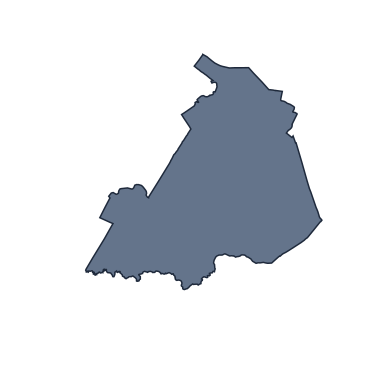 the district of Butimanu, Dâmbovita, Romania, rotated 324°
{"feature_id": "2599482B27210810960629", "entity_name": "Butimanu", "entity_type": "district", "adm_level": 2, "iso_a3": "ROU", "parent_name": "Romania", "parent_adm1": "Dâmbovita", "projection": "albers", "projection_center": [25.868, 44.685], "detail": "fine", "context": "isolated", "style": "filled", "palette": "slate", "viewbox_px": 384, "rotation_deg": 324, "n_neighbors": 0, "source": "geoboundaries", "source_scale": "gbopen_adm2", "svg_char_len": 5985}
<svg xmlns="http://www.w3.org/2000/svg" viewBox="0 0 384 384"><g transform="rotate(324 192 192)"><path d="M214.7,296.3L223.3,295.4L225.3,295.3L225.5,295.7L226.0,295.7L228.4,295.4L228.8,295.5L229.3,295.4L232.2,295.9L235.8,296.2L250.8,297.0L254.7,297.0L255.5,296.8L257.1,296.7L258.4,296.8L269.4,293.9L276.4,292.0L279.0,291.4L279.1,291.6L280.5,291.2L280.6,290.5L280.3,288.2L280.4,287.1L282.2,282.0L282.9,279.3L283.3,277.4L288.1,261.8L289.0,258.2L291.8,250.2L298.1,233.1L305.1,213.4L304.6,213.2L306.7,206.1L304.9,206.7L303.0,199.8L306.3,198.7L307.4,198.9L308.4,198.8L309.7,198.6L310.4,198.4L311.4,197.8L312.3,196.8L312.6,196.6L312.6,196.2L312.8,196.0L322.9,190.7L322.9,189.9L322.5,189.4L322.1,188.2L320.7,186.8L320.8,186.2L323.2,185.1L324.5,183.8L324.6,182.9L323.0,178.9L321.1,176.1L320.8,174.9L320.0,173.1L319.4,172.3L318.0,170.8L317.8,170.5L317.8,170.1L317.9,169.6L318.8,168.6L324.2,163.7L319.3,159.0L319.2,159.1L317.5,157.2L314.3,154.3L313.3,144.4L311.6,131.9L310.9,124.7L304.4,120.1L299.6,116.6L295.1,113.6L290.3,108.1L288.9,106.2L287.9,104.4L286.2,101.0L285.2,97.6L284.0,93.0L283.7,91.6L283.4,90.9L281.6,87.0L281.3,87.3L274.8,89.5L267.8,91.5L269.0,96.0L269.6,97.6L269.9,99.3L270.7,101.5L270.9,101.7L271.8,104.8L272.1,105.4L273.4,110.6L274.5,114.1L272.6,113.6L272.4,113.8L272.2,115.6L272.9,115.7L274.2,116.1L275.4,117.1L275.7,117.6L275.8,118.2L275.6,119.0L274.6,120.6L274.3,121.3L273.6,122.0L271.5,123.4L270.5,124.0L269.7,124.6L269.3,124.4L268.6,123.7L267.9,123.7L267.5,124.1L267.5,124.7L266.2,125.4L265.2,125.1L264.2,124.6L263.2,124.5L263.2,124.2L261.5,124.2L260.8,124.1L259.7,123.5L259.1,122.9L258.4,122.1L258.2,121.2L257.7,120.6L256.1,119.9L254.9,119.8L251.3,120.1L250.3,120.4L250.1,123.2L250.0,123.3L249.7,123.2L249.2,122.6L249.0,121.8L248.5,121.4L247.8,121.6L247.1,121.4L246.3,122.7L244.4,123.7L232.4,123.4L229.1,123.2L228.8,127.5L228.4,137.6L228.1,140.4L222.9,142.4L222.0,143.0L220.6,143.3L215.4,145.4L213.8,145.7L212.4,146.6L205.9,149.1L205.5,149.5L205.0,149.7L202.0,150.5L201.3,150.9L199.1,151.2L195.5,153.2L193.2,154.2L192.8,154.5L190.6,155.6L172.2,163.2L153.9,170.6L153.5,171.1L152.9,170.1L152.9,168.7L153.1,167.5L154.5,166.4L155.3,164.8L155.5,163.5L155.4,159.4L155.0,157.1L153.1,154.6L151.5,153.4L149.7,152.9L147.4,154.3L145.9,154.6L145.1,154.3L142.2,150.8L136.6,147.6L135.4,147.2L133.7,147.9L132.8,148.6L131.9,149.7L130.5,149.7L129.3,149.3L127.9,146.1L126.1,145.4L122.1,146.5L122.1,148.6L112.2,153.5L102.3,158.6L107.7,168.1L109.5,171.1L93.3,178.5L72.6,187.1L61.1,192.1L60.0,192.8L59.9,194.1L59.5,194.3L59.4,194.4L59.6,194.7L60.8,194.6L61.1,194.8L61.2,195.1L60.8,195.6L60.8,195.9L61.1,195.9L62.1,195.3L63.3,196.4L63.6,196.6L64.6,196.8L64.9,197.1L65.0,198.1L64.3,198.7L64.4,198.9L65.4,199.1L65.6,199.3L65.6,199.8L65.3,200.3L64.9,200.4L64.3,200.2L64.1,200.3L64.0,200.5L64.9,201.0L65.1,201.3L64.7,202.2L64.9,202.4L65.2,202.3L65.5,201.8L65.9,201.7L66.2,201.9L66.2,202.6L66.3,202.8L66.8,202.4L66.9,202.0L67.5,202.1L68.0,202.5L69.5,202.2L70.1,202.4L70.3,202.8L70.1,203.3L70.3,203.7L71.7,204.3L72.3,204.2L72.5,204.7L73.0,204.1L73.9,204.4L74.1,204.3L74.2,204.2L74.3,203.9L74.1,203.5L74.2,203.0L74.9,202.8L75.5,202.8L75.8,203.1L75.8,203.4L75.6,204.3L75.8,204.4L76.8,204.0L77.0,204.1L77.1,204.5L76.7,205.0L76.4,205.2L76.2,207.0L76.3,207.5L76.5,207.8L77.7,208.8L78.6,209.8L78.6,212.5L78.2,213.7L78.2,214.0L78.4,214.2L79.0,214.6L79.9,214.2L81.5,213.0L82.4,211.6L82.7,211.6L83.9,211.6L83.6,211.9L83.7,212.0L83.8,212.1L84.1,212.2L84.6,213.4L85.1,213.4L85.5,213.0L85.9,213.5L86.9,213.8L87.0,214.2L86.9,214.6L86.4,214.7L86.2,214.9L86.5,215.7L86.9,217.9L86.3,219.2L86.7,220.1L87.2,220.6L87.2,220.8L87.0,221.8L87.5,222.6L87.5,223.1L87.8,223.4L88.2,223.5L89.3,223.4L90.1,223.7L91.1,223.5L92.1,224.0L93.0,224.8L94.0,224.9L94.8,225.2L95.6,227.7L95.9,229.2L95.5,230.8L95.0,231.0L94.8,231.3L95.0,231.8L95.2,232.0L96.7,232.7L97.0,232.7L97.9,232.0L99.0,232.1L100.5,230.0L100.2,228.2L100.3,227.6L100.6,227.5L101.9,228.0L102.2,228.2L102.4,228.4L103.5,228.6L104.1,228.9L104.5,228.4L105.0,228.1L105.6,228.1L106.9,228.3L107.3,228.7L107.8,229.5L108.6,230.2L108.6,230.7L108.8,230.9L110.4,231.0L110.8,231.3L111.5,231.6L112.0,232.1L112.6,233.0L112.9,233.6L113.0,234.2L113.8,234.5L114.6,235.1L116.3,234.8L116.6,234.9L117.2,235.5L118.0,236.3L118.5,237.0L119.1,239.0L118.7,239.5L118.7,239.8L118.9,240.1L120.1,240.5L120.5,240.9L120.8,241.6L121.6,242.3L122.1,242.4L122.6,242.1L122.9,242.2L123.0,242.8L123.2,243.0L125.6,243.6L126.1,243.8L126.4,244.3L127.0,245.6L127.2,246.5L127.4,246.8L128.0,246.9L128.4,246.9L128.7,247.1L128.5,248.0L128.4,248.8L128.7,249.9L128.5,250.5L128.1,250.9L128.1,251.4L128.0,251.7L127.4,252.3L127.3,252.8L127.3,253.4L127.5,253.4L127.5,253.7L127.5,254.0L127.8,254.6L129.1,255.1L130.3,256.3L130.8,257.3L130.9,257.9L130.5,259.4L130.2,259.9L129.5,260.6L128.8,260.9L128.3,261.5L128.2,262.0L128.6,263.4L127.8,264.6L127.7,265.0L127.7,265.3L127.9,265.7L128.4,266.3L128.6,266.5L130.5,267.0L131.2,267.4L133.1,267.3L135.4,266.8L138.5,266.8L138.9,267.7L139.3,267.8L140.2,268.5L140.4,268.5L142.1,269.7L142.3,270.4L142.3,270.9L142.9,271.0L143.8,270.9L144.6,271.2L145.4,271.4L145.8,270.7L147.1,269.6L148.3,269.6L148.9,269.1L148.8,268.5L148.6,267.9L150.1,267.5L151.6,267.5L152.1,267.9L153.2,269.4L153.8,270.1L154.6,270.2L155.2,269.5L155.4,268.8L156.2,269.1L156.8,270.0L157.7,270.0L158.2,269.2L158.3,268.1L159.6,268.5L160.9,269.3L161.7,268.8L162.5,268.6L163.3,269.7L164.6,268.5L165.6,267.8L165.7,267.0L167.6,263.9L167.6,262.5L167.8,262.1L168.2,261.6L169.8,260.2L172.9,258.6L174.5,258.4L176.8,258.9L179.1,260.6L179.6,260.8L181.9,261.2L182.3,261.4L183.0,262.5L184.8,265.8L186.8,267.0L187.8,268.1L188.2,268.2L189.0,270.3L190.3,270.7L191.9,271.6L193.2,272.0L193.8,272.1L194.8,271.9L196.0,272.6L197.5,274.0L197.8,274.6L198.0,275.6L198.0,276.1L198.1,276.5L198.9,277.5L199.3,278.2L199.7,279.5L200.1,280.2L200.3,280.8L200.2,281.6L200.3,282.4L200.3,283.6L201.9,287.3L203.0,287.8L203.7,288.0L205.5,289.4L208.4,290.9L209.9,292.7L211.4,294.2L214.7,296.3Z" fill="#64748b" stroke="#1e293b" stroke-width="1.5"/></g></svg>